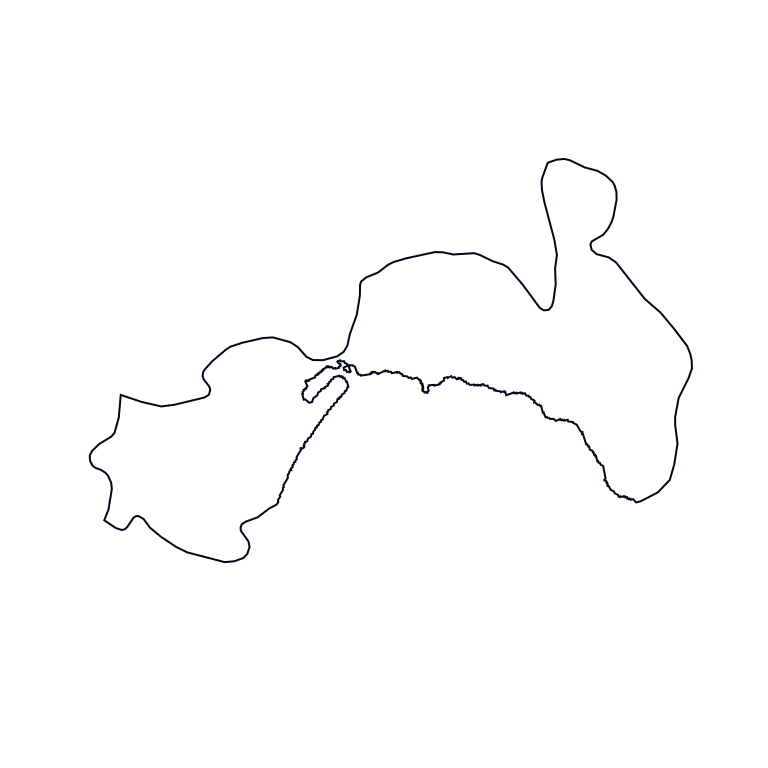 outline of Jaquimeyes, Barahona, Dominican Republic, rotated 346°
{"feature_id": "3306468B18666570412255", "entity_name": "Jaquimeyes", "entity_type": "district", "adm_level": 2, "iso_a3": "DOM", "parent_name": "Dominican Republic", "parent_adm1": "Barahona", "projection": "robinson", "projection_center": [-71.041, 18.313], "detail": "fine", "context": "isolated", "style": "outline", "palette": "ink", "viewbox_px": 768, "rotation_deg": 346, "n_neighbors": 0, "source": "geoboundaries", "source_scale": "gbopen_adm2", "svg_char_len": 6114}
<svg xmlns="http://www.w3.org/2000/svg" viewBox="0 0 768 768"><g transform="rotate(346 384 384)"><path d="M631.3,222.5L618.4,211.8L613.5,209.3L605.9,208.1L596.4,208.9L587.4,222.3L585.8,225.8L584.2,234.0L583.6,247.4L584.2,284.6L583.0,300.7L578.0,313.2L574.6,329.2L568.3,344.7L565.7,349.1L561.7,351.9L556.9,351.2L553.5,347.7L542.7,321.4L532.6,301.0L528.7,297.1L519.2,291.2L508.4,282.1L503.2,278.9L482.6,275.1L473.0,270.5L465.3,268.3L435.4,267.4L422.6,268.0L416.6,269.4L405.2,274.4L392.7,276.2L386.6,279.0L384.8,281.9L381.9,292.6L374.4,310.1L362.9,327.4L357.8,337.8L352.7,343.0L345.3,345.8L330.7,346.1L320.8,343.6L315.3,338.8L309.3,327.3L303.2,320.7L287.4,311.9L277.4,310.1L256.6,309.7L244.4,310.6L238.8,312.4L222.6,320.5L212.9,327.1L210.9,329.6L209.9,332.8L210.3,336.1L213.8,344.2L214.1,347.4L211.6,352.0L206.6,353.7L175.0,353.4L162.5,351.9L144.4,342.7L125.9,330.9L118.6,352.3L110.7,366.2L106.6,369.1L93.2,373.3L84.6,378.3L81.2,382.2L80.2,387.5L81.4,392.6L83.4,395.3L88.5,398.8L92.1,402.6L93.9,405.7L95.4,413.7L94.6,419.8L86.4,439.0L79.6,448.5L88.8,458.8L94.4,462.3L97.4,462.2L100.0,460.9L108.8,453.0L111.5,452.2L114.1,452.9L118.1,456.9L122.2,466.8L130.6,478.3L143.1,492.0L152.4,499.8L186.3,518.3L195.9,519.8L205.4,518.8L210.2,515.9L214.1,509.7L214.4,503.9L209.6,491.8L210.1,488.5L212.1,485.7L216.6,484.1L229.1,482.8L242.3,477.1L250.7,475.0L253.0,472.6L253.0,470.9L256.0,468.3L256.0,466.6L260.5,462.3L260.5,460.6L261.9,459.7L261.9,458.0L267.9,452.0L268.7,448.6L270.2,447.7L271.7,445.1L273.2,445.1L273.2,443.4L275.4,442.5L275.4,440.8L276.9,440.0L277.6,438.2L279.1,438.2L279.9,436.5L281.4,435.7L281.4,433.9L287.4,427.9L287.4,426.2L288.1,426.2L288.1,427.1L291.1,426.2L291.1,424.5L291.9,424.5L291.9,422.8L293.4,421.9L293.4,421.0L295.6,421.0L297.1,418.5L300.1,417.6L301.6,415.0L303.1,415.0L303.8,413.3L306.1,411.6L306.8,409.9L308.3,409.9L309.1,408.1L310.6,408.1L312.1,405.6L313.6,405.6L314.3,403.8L315.8,403.8L318.0,400.4L321.8,399.5L321.8,397.8L322.5,397.8L323.3,396.1L326.3,395.3L327.0,393.5L330.0,392.7L330.8,390.9L333.8,390.1L335.2,387.5L336.7,387.5L336.7,386.6L338.2,386.6L338.2,385.8L339.7,385.8L340.5,384.1L343.5,383.2L344.2,381.5L345.7,381.5L347.9,378.1L348.7,378.1L348.7,372.9L347.9,372.9L347.2,368.6L345.7,368.6L345.7,366.9L344.2,366.9L344.2,366.0L342.7,366.0L342.7,365.2L336.7,365.2L336.0,366.9L333.8,366.9L333.0,368.6L331.5,368.6L330.8,370.3L329.3,370.3L329.3,372.0L325.5,372.9L325.5,373.8L321.8,373.8L321.0,375.5L318.0,376.3L316.5,378.9L312.1,380.6L309.8,384.1L306.8,384.1L303.8,379.8L302.3,379.8L302.3,373.8L303.1,373.8L303.1,372.0L304.6,371.2L304.6,370.3L306.1,370.3L306.1,369.5L307.6,369.5L307.6,368.6L309.1,367.7L308.3,362.6L309.1,362.6L309.1,361.7L309.8,361.7L309.8,362.6L312.1,362.6L312.1,361.7L318.8,360.9L319.5,359.1L321.8,359.1L321.8,358.3L323.3,358.3L323.3,357.4L325.5,357.4L325.5,356.6L327.0,356.6L327.0,355.7L328.5,355.7L328.5,354.8L332.3,354.0L332.3,353.1L333.8,353.1L333.8,354.0L335.2,354.0L335.2,354.8L337.5,354.8L338.2,356.6L340.5,356.6L340.5,357.4L344.2,357.4L344.2,356.6L346.5,355.7L346.5,354.0L345.7,354.0L344.2,351.4L345.0,351.4L345.0,350.5L347.2,350.5L347.2,351.4L350.9,352.3L350.9,354.0L353.2,355.7L353.2,357.4L348.7,358.3L348.7,360.9L350.2,360.9L350.9,363.4L353.2,363.4L353.2,364.3L353.9,364.3L353.9,363.4L354.7,363.4L353.9,358.3L354.7,358.3L354.7,357.4L358.4,358.3L358.4,359.1L359.9,360.0L360.7,366.9L361.4,366.9L361.4,368.6L363.7,369.5L363.7,370.3L373.4,371.2L373.4,370.3L374.9,370.3L374.9,369.5L376.4,369.5L376.4,370.3L378.6,370.3L379.4,372.0L380.9,372.0L380.9,372.9L388.4,371.2L388.4,372.0L390.6,372.0L390.6,372.9L393.6,373.8L394.3,375.5L399.6,375.5L399.6,376.3L401.8,376.3L402.6,378.1L404.1,378.9L404.1,380.6L408.6,382.4L409.3,384.1L411.5,384.1L412.3,385.8L417.5,385.8L419.0,388.4L419.8,388.4L419.8,390.1L420.5,390.1L419.8,391.8L421.3,392.7L421.3,393.5L420.5,393.5L420.5,394.4L421.3,394.4L421.3,397.0L420.5,397.0L420.5,398.7L419.8,398.7L419.8,400.4L421.3,401.3L421.3,402.1L423.5,402.1L423.5,403.0L424.2,403.0L424.2,402.1L425.7,401.3L425.7,397.8L427.2,397.0L427.2,396.1L432.5,397.0L432.5,397.8L437.7,397.8L437.7,397.0L439.2,397.0L439.2,396.1L442.9,395.3L443.7,392.7L447.4,392.7L447.4,393.5L451.2,392.7L451.9,394.4L454.2,394.4L455.7,397.0L457.9,397.0L457.9,396.1L460.2,397.0L460.2,398.7L461.7,399.5L462.4,401.3L463.9,401.3L464.6,403.8L466.1,403.8L466.9,405.6L471.4,406.4L471.4,407.3L474.4,407.3L474.4,408.1L477.3,408.1L477.3,409.0L478.1,409.0L478.1,408.1L480.3,408.1L481.1,409.9L484.1,410.7L484.8,413.3L489.3,415.0L489.3,416.7L490.8,416.7L490.8,417.6L495.3,419.3L495.3,420.2L499.0,420.2L499.0,421.0L499.8,421.0L499.8,424.5L508.0,423.6L508.0,424.5L510.3,424.5L510.3,425.3L514.8,425.3L514.8,426.2L516.2,426.2L516.2,427.1L518.5,427.1L519.2,429.6L521.5,430.5L521.5,431.4L523.0,432.2L523.0,433.9L526.0,436.5L525.2,438.2L526.0,438.2L528.2,441.7L529.7,441.7L530.5,443.4L531.2,443.4L531.2,450.3L532.0,450.3L532.7,455.4L534.2,455.4L534.2,456.3L536.4,457.1L536.4,458.0L540.2,458.9L541.7,461.4L546.2,460.6L546.2,461.4L547.7,461.4L547.7,462.3L549.9,462.3L549.9,463.2L553.6,463.2L553.6,464.9L558.1,466.6L558.1,467.5L561.1,470.0L563.4,477.8L564.9,478.6L564.1,480.4L564.9,480.4L565.6,491.5L566.4,491.5L567.1,494.1L567.9,494.1L567.9,497.6L570.1,499.3L570.1,501.0L570.8,501.0L570.8,503.6L571.6,503.6L571.6,505.3L572.3,505.3L572.3,510.5L573.1,510.5L573.1,512.2L574.6,513.0L574.6,514.7L576.8,516.5L576.1,529.4L574.6,530.2L574.6,531.1L576.1,531.9L576.1,533.7L576.8,533.7L576.8,536.2L576.1,536.2L576.1,537.1L577.6,538.0L578.3,541.4L581.3,544.0L581.3,545.7L584.3,548.3L584.3,550.0L585.8,550.0L585.8,550.9L589.6,550.9L589.6,551.7L591.0,551.7L591.0,552.6L592.5,552.6L592.5,554.3L594.0,554.3L594.0,555.2L595.5,555.2L595.5,556.0L597.8,556.0L600.0,559.9L604.6,559.9L623.5,555.4L638.1,546.2L646.2,532.2L654.4,512.8L656.6,494.2L658.5,486.5L666.5,468.9L681.1,451.8L686.6,443.3L688.3,435.1L688.4,428.7L687.3,420.4L678.9,400.8L669.7,381.8L657.6,364.5L638.6,322.2L632.5,315.4L621.8,309.5L617.9,304.0L618.0,298.6L620.1,295.9L632.7,292.3L638.6,287.9L643.8,282.2L646.9,277.4L654.2,261.7L656.0,253.8L655.8,247.6L654.8,243.5L649.6,235.4L642.7,228.8L631.3,222.5Z" fill="none" stroke="#020617" stroke-width="2"/></g></svg>